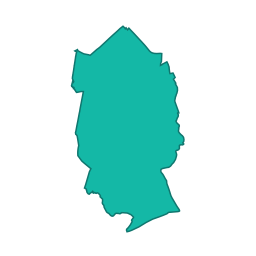 Ciclova Romana, Caras-Severin, Romania, rotated 69°
{"feature_id": "2599482B12513068157947", "entity_name": "Ciclova Romana", "entity_type": "district", "adm_level": 2, "iso_a3": "ROU", "parent_name": "Romania", "parent_adm1": "Caras-Severin", "projection": "natural_earth1", "projection_center": [21.737, 44.976], "detail": "fine", "context": "isolated", "style": "filled", "palette": "teal", "viewbox_px": 256, "rotation_deg": 69, "n_neighbors": 0, "source": "geoboundaries", "source_scale": "gbopen_adm2", "svg_char_len": 5361}
<svg xmlns="http://www.w3.org/2000/svg" viewBox="0 0 256 256"><g transform="rotate(69 128 128)"><path d="M191.0,110.9L188.6,111.4L184.7,111.9L183.8,112.1L183.0,112.3L182.2,112.6L181.5,112.9L180.3,112.9L179.9,112.8L179.5,112.6L179.1,112.4L178.7,112.2L178.4,111.9L178.2,110.3L178.4,108.9L178.6,107.5L178.8,106.2L179.1,104.8L179.3,104.0L178.8,101.9L177.2,99.3L176.7,97.9L174.3,94.9L171.4,92.7L170.2,92.1L169.4,92.0L168.7,91.9L167.6,92.0L166.8,91.7L166.3,90.8L166.4,90.1L166.4,89.4L166.4,88.7L166.3,88.3L165.5,87.3L162.9,86.4L162.6,85.9L162.6,85.5L162.6,85.1L162.6,84.7L162.8,84.3L162.9,83.9L163.2,83.4L163.3,83.1L163.3,82.8L163.2,82.5L163.2,82.2L163.0,81.9L162.9,81.7L162.5,81.9L162.2,82.0L161.8,82.1L161.5,82.2L161.2,81.7L160.9,81.3L160.4,80.7L158.8,79.9L156.6,79.5L154.8,80.0L153.9,80.5L153.0,81.0L152.0,81.4L151.1,81.8L149.4,82.1L148.5,81.8L146.8,80.8L146.4,80.7L146.0,80.8L145.5,80.1L144.5,79.4L143.6,79.2L143.0,79.5L140.7,80.6L138.7,80.8L138.3,80.1L136.1,78.2L135.4,77.2L134.9,76.9L134.6,76.7L134.2,76.5L133.8,76.4L133.4,76.3L133.0,76.3L132.6,76.3L132.2,76.4L131.9,76.4L131.7,75.8L132.0,75.1L130.3,75.0L121.4,74.8L120.6,74.8L119.3,74.6L116.1,72.6L115.8,72.5L115.4,71.9L113.9,70.8L113.0,69.9L110.6,68.3L108.8,67.7L107.9,67.4L103.7,67.9L103.3,67.3L102.1,67.5L98.7,68.1L97.7,65.9L94.9,66.1L92.8,66.3L92.4,68.7L92.3,69.3L91.8,69.3L89.8,68.9L88.2,68.5L87.4,68.3L85.7,67.8L84.1,67.8L83.1,67.7L80.2,68.0L80.5,70.7L80.6,71.3L80.7,72.8L81.0,73.3L81.2,75.2L79.3,74.3L77.8,72.9L74.3,71.4L70.6,69.8L70.0,70.9L68.8,74.5L67.8,76.7L66.7,78.3L66.4,78.6L65.4,79.5L63.9,80.3L58.7,82.0L56.7,82.7L42.6,88.3L37.6,90.4L35.1,91.4L35.5,92.0L35.8,92.6L36.2,93.2L35.7,93.4L35.2,93.5L33.8,93.9L34.4,95.0L33.3,95.2L31.2,96.2L32.3,99.8L33.5,102.7L34.4,105.0L35.7,108.5L37.4,112.8L42.4,125.1L43.1,127.3L43.5,128.9L44.8,132.4L46.6,137.3L45.6,138.4L43.2,142.3L42.3,143.3L41.3,144.2L40.2,145.2L39.1,146.1L37.7,147.2L36.7,147.1L36.8,147.9L36.9,148.8L37.0,150.0L37.6,149.6L37.9,149.2L38.4,148.7L38.6,148.7L38.8,148.8L39.2,149.0L39.5,149.3L40.1,149.7L40.4,149.9L40.4,150.0L41.1,150.3L41.3,150.5L41.6,150.6L42.4,151.2L43.1,151.6L44.5,152.3L44.7,152.5L45.3,152.8L46.2,153.3L46.3,153.4L47.1,153.8L47.6,154.1L48.2,154.5L49.0,154.9L49.3,155.1L50.4,155.7L50.4,155.8L51.6,156.4L51.8,156.5L52.8,157.1L53.2,157.3L53.9,157.7L54.8,158.2L55.1,158.4L56.2,159.0L56.3,159.1L57.4,159.7L57.9,160.0L58.5,160.4L59.1,160.7L59.7,161.1L60.2,161.4L60.5,161.5L60.8,161.7L61.9,162.2L62.0,162.2L62.3,162.2L62.9,162.2L63.1,162.1L63.5,162.2L63.8,162.1L64.2,162.1L64.6,162.0L65.1,162.0L65.4,162.3L65.8,162.6L66.0,163.0L65.8,163.2L65.6,163.3L65.5,163.5L65.4,163.5L66.0,163.9L66.4,164.3L66.8,164.5L67.1,164.7L67.7,165.1L68.3,165.6L68.5,165.6L68.8,165.5L69.1,165.6L69.2,165.4L69.1,165.2L69.4,165.0L69.7,165.0L69.8,165.0L70.1,165.0L70.4,165.0L70.6,164.9L70.8,164.8L70.9,164.7L71.0,164.7L70.8,164.3L70.7,164.1L70.8,164.0L71.1,164.1L71.3,164.2L71.5,164.4L71.6,164.6L71.8,164.7L72.0,164.3L72.2,164.2L72.4,164.1L72.7,164.1L73.0,164.1L73.2,163.9L73.3,163.9L73.5,164.0L73.7,163.9L74.2,163.8L74.6,163.7L75.0,163.7L75.3,163.5L75.6,163.5L75.8,163.5L76.1,163.4L76.4,163.2L77.1,158.8L78.0,156.6L92.2,165.4L93.7,166.3L94.8,166.9L97.1,168.4L103.3,172.2L107.7,175.0L112.3,177.8L113.0,178.3L113.5,178.7L114.0,178.8L114.6,178.9L115.3,179.0L115.6,178.7L115.9,178.6L117.0,178.3L120.3,178.9L126.8,180.3L127.8,181.0L128.9,181.7L130.0,182.3L131.2,182.9L132.3,183.4L133.5,183.9L134.7,184.3L135.9,184.7L142.2,183.0L144.9,181.6L152.7,177.2L155.0,179.7L165.8,187.9L168.2,189.9L168.4,190.1L168.6,189.9L169.1,189.7L169.5,189.2L170.3,188.8L170.9,189.1L171.0,189.1L171.5,189.0L172.1,189.1L172.6,189.2L173.1,189.3L173.8,189.2L174.4,189.0L174.7,188.9L175.2,188.7L175.6,188.3L175.9,187.7L175.5,187.2L175.4,186.8L175.3,186.6L175.2,186.3L175.1,185.2L175.1,184.8L174.7,184.2L174.4,183.7L174.7,183.5L175.6,183.5L176.2,183.7L176.2,183.8L176.4,183.7L176.4,183.4L176.5,183.2L176.5,182.8L176.3,182.2L176.5,182.0L176.9,181.9L177.2,181.6L177.6,181.1L177.5,180.5L177.5,180.4L177.5,179.9L177.8,179.5L178.4,179.2L178.8,178.9L179.2,178.7L179.4,178.6L180.0,178.4L180.7,178.2L181.4,178.1L181.5,178.1L181.9,178.5L182.2,178.7L182.5,178.6L183.0,178.2L183.6,178.1L184.4,177.7L184.6,177.5L185.3,177.3L186.2,177.6L186.8,177.8L187.6,178.2L188.4,178.7L188.9,178.9L189.3,178.9L189.8,178.8L190.2,178.8L190.7,178.6L191.5,178.3L192.6,178.5L193.6,178.7L198.6,178.1L199.5,177.7L201.1,176.4L203.3,175.6L203.7,175.3L204.0,175.1L204.2,174.8L204.5,174.6L204.6,174.3L204.7,174.1L204.8,173.9L204.8,173.6L204.8,173.4L204.8,173.2L204.7,172.9L203.4,170.4L203.4,169.6L204.3,167.6L205.0,166.6L205.2,165.9L205.1,165.6L205.1,165.2L204.9,164.9L204.7,164.5L205.3,163.0L207.2,159.0L210.1,156.2L212.6,155.0L213.3,154.8L213.9,155.5L215.0,157.3L215.4,157.7L216.5,157.6L217.1,158.0L217.3,158.2L218.0,159.0L218.7,159.9L219.4,160.7L220.0,161.7L220.6,162.6L221.1,163.5L221.6,164.5L222.0,165.5L222.8,166.0L224.5,166.1L224.7,164.8L224.8,163.6L224.8,162.3L224.8,161.1L224.2,153.1L222.7,145.0L221.9,137.6L222.0,133.8L222.1,130.0L222.1,126.2L222.0,122.4L221.8,121.8L221.6,121.2L221.4,120.6L221.4,120.0L223.9,111.5L224.1,110.2L223.9,109.6L223.6,109.5L223.2,109.5L222.8,109.5L222.4,109.5L218.6,110.4L211.3,111.6L210.1,111.8L208.9,112.0L207.7,112.1L206.5,112.2L203.5,112.0L200.5,111.8L197.5,111.7L194.5,111.7L193.6,111.6L192.7,111.4L191.8,111.1L191.0,110.9Z" fill="#14b8a6" stroke="#0f766e" stroke-width="1.5"/></g></svg>